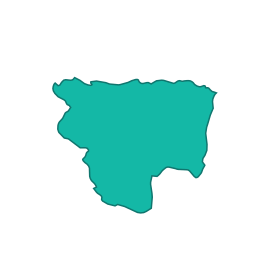 SVG path tracing the border of Elbasan, rotated 31°
{"feature_id": "ALB-1524", "entity_name": "Elbasan", "entity_type": "County", "adm_level": 1, "iso_a3": "ALB", "parent_name": "Albania", "parent_adm1": "", "projection": "robinson", "projection_center": [20.152, 41.052], "detail": "fine", "context": "isolated", "style": "filled", "palette": "teal", "viewbox_px": 256, "rotation_deg": 31, "n_neighbors": 0, "source": "natural_earth", "source_scale": "10m", "svg_char_len": 2355}
<svg xmlns="http://www.w3.org/2000/svg" viewBox="0 0 256 256"><g transform="rotate(31 128 128)"><path d="M197.3,92.5L204.2,101.4L207.1,106.6L208.0,111.7L207.9,115.6L209.2,118.7L213.0,120.3L213.1,121.0L213.2,124.7L213.9,128.2L213.9,129.4L213.3,133.6L212.6,134.9L211.7,135.6L209.7,135.4L203.0,133.1L201.9,133.0L201.1,133.0L199.7,133.6L192.3,137.6L190.9,138.1L189.8,138.3L183.3,140.4L182.0,141.1L180.9,142.4L179.8,145.4L179.3,147.3L178.9,150.9L178.3,153.2L177.8,154.5L173.2,156.7L175.3,162.8L176.4,164.7L182.2,171.7L184.4,174.8L189.3,184.8L186.6,190.1L185.0,192.4L182.5,194.3L179.6,195.5L165.6,197.0L158.5,198.9L157.0,201.4L149.8,203.6L143.9,203.7L142.4,203.1L142.0,202.5L141.3,200.8L139.9,199.9L138.3,199.7L135.5,199.6L133.9,199.2L129.7,197.5L131.4,194.9L130.1,193.9L128.0,192.9L123.8,191.9L121.7,190.7L120.1,189.2L115.6,182.2L113.9,180.9L111.7,180.1L108.8,179.8L106.3,179.1L105.4,178.3L105.4,177.4L106.0,175.3L106.0,174.3L105.9,173.2L105.3,171.1L105.3,170.3L105.4,169.7L106.0,168.2L105.4,167.1L104.9,166.9L103.3,166.4L101.8,166.8L97.2,169.6L82.5,168.0L78.5,169.4L71.1,167.4L70.0,166.6L68.4,165.1L66.7,161.9L66.3,160.6L66.1,159.3L66.1,158.1L66.9,154.1L67.0,153.0L66.5,147.6L66.7,146.8L68.1,144.2L68.3,139.9L65.9,138.9L65.1,139.1L63.7,139.2L62.4,138.5L60.5,137.1L58.7,136.8L52.0,137.2L47.5,136.0L44.9,134.6L43.3,132.8L42.5,130.8L42.2,129.3L42.1,128.4L42.4,127.0L46.3,127.7L46.9,127.1L47.5,126.1L47.5,124.1L47.7,122.4L48.3,120.1L49.8,118.7L54.1,116.7L55.3,115.7L55.9,114.8L56.3,112.3L62.2,111.9L67.8,112.4L71.5,111.7L73.8,110.8L74.7,109.9L74.8,109.4L74.2,109.0L73.1,108.7L72.6,108.1L72.4,107.5L76.8,104.0L85.6,100.6L89.6,99.8L97.7,95.9L99.0,94.8L104.6,88.9L106.9,85.5L109.6,82.5L111.0,81.6L112.2,81.5L113.0,82.2L114.2,82.8L115.8,83.0L116.9,82.7L118.0,82.1L120.9,79.3L122.1,78.6L125.1,78.3L128.1,72.9L132.2,69.7L134.1,68.8L144.0,66.3L144.8,65.6L145.3,64.8L146.4,62.3L147.5,61.1L147.9,60.9L148.6,60.6L149.8,60.3L150.4,60.0L151.1,59.6L151.7,58.9L154.4,56.9L155.8,56.1L157.3,55.5L159.0,55.4L160.6,55.6L162.7,56.4L165.3,56.5L166.8,56.2L168.1,55.8L169.3,54.9L171.1,52.7L172.1,52.3L172.9,52.5L173.7,53.5L174.4,53.3L175.0,52.8L175.7,52.4L176.8,52.3L179.0,53.0L181.3,53.4L183.9,52.7L185.7,52.4L185.2,54.3L185.3,56.6L185.8,59.5L186.8,61.8L190.9,67.3L190.9,67.8L191.9,74.6L194.2,83.4L195.0,86.8L197.3,92.5Z" fill="#14b8a6" stroke="#0f766e" stroke-width="1.5"/></g></svg>